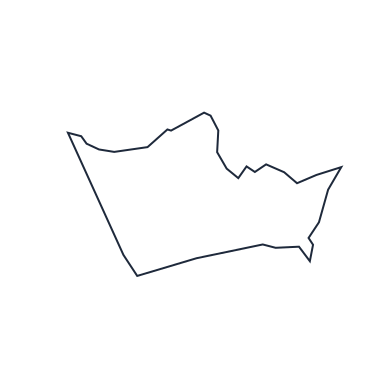 outline of Sequatchie, Tennessee, United States of America, rotated 122°
{"feature_id": "52423323B29805691728262", "entity_name": "Sequatchie", "entity_type": "district", "adm_level": 2, "iso_a3": "USA", "parent_name": "United States of America", "parent_adm1": "Tennessee", "projection": "natural_earth1", "projection_center": [-85.465, 35.357], "detail": "fine", "context": "isolated", "style": "outline", "palette": "slate", "viewbox_px": 384, "rotation_deg": 122, "n_neighbors": 0, "source": "geoboundaries", "source_scale": "gbopen_adm2", "svg_char_len": 552}
<svg xmlns="http://www.w3.org/2000/svg" viewBox="0 0 384 384"><g transform="rotate(122 192 192)"><path d="M117.4,216.7L118.3,223.8L151.0,242.3L152.0,246.0L177.5,253.5L199.2,279.2L205.2,293.4L206.9,307.0L203.4,315.5L207.5,328.6L281.7,216.8L292.2,194.0L245.7,153.0L199.0,104.2L195.0,91.5L181.7,72.3L188.2,55.4L172.6,61.4L169.2,68.8L150.4,68.3L117.9,77.8L91.8,78.6L111.6,95.5L128.9,107.6L126.4,124.3L129.3,143.8L141.7,149.3L141.4,159.3L155.7,160.1L153.8,175.0L144.9,191.8L125.9,202.3L117.4,216.7Z" fill="none" stroke="#1e293b" stroke-width="2"/></g></svg>